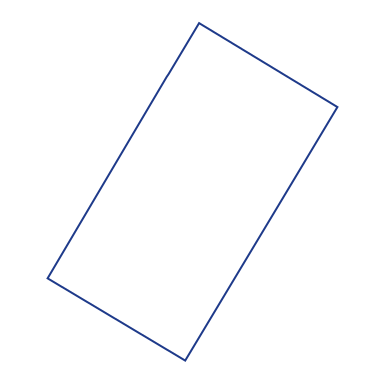 outline of Jerauld, South Dakota, United States of America, rotated 121°
{"feature_id": "52423323B74186214506523", "entity_name": "Jerauld", "entity_type": "district", "adm_level": 2, "iso_a3": "USA", "parent_name": "United States of America", "parent_adm1": "South Dakota", "projection": "robinson", "projection_center": [-98.691, 44.066], "detail": "fine", "context": "isolated", "style": "outline", "palette": "blue", "viewbox_px": 384, "rotation_deg": 121, "n_neighbors": 0, "source": "geoboundaries", "source_scale": "gbopen_adm2", "svg_char_len": 260}
<svg xmlns="http://www.w3.org/2000/svg" viewBox="0 0 384 384"><g transform="rotate(121 192 192)"><path d="M156.5,111.0L44.3,111.1L43.6,272.9L103.0,272.8L106.4,273.0L340.4,271.3L340.0,111.0L156.5,111.0Z" fill="none" stroke="#1e3a8a" stroke-width="2"/></g></svg>